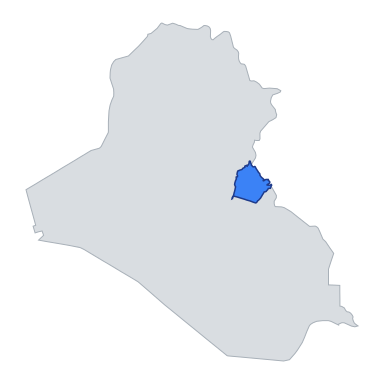 Baladruz, Diyala, Iraq shown in context
{"feature_id": "34846034B64184275342457", "entity_name": "Baladruz", "entity_type": "district", "adm_level": 2, "iso_a3": "IRQ", "parent_name": "Iraq", "parent_adm1": "Diyala", "projection": "mercator", "projection_center": [45.392, 33.561], "detail": "fine", "context": "in_parent", "style": "filled", "palette": "blue", "viewbox_px": 384, "rotation_deg": 0, "n_neighbors": 0, "source": "geoboundaries", "source_scale": "gbopen_adm2", "svg_char_len": 6003}
<svg xmlns="http://www.w3.org/2000/svg" viewBox="0 0 384 384"><path d="M147.8,34.3L151.1,33.4L157.2,28.3L160.8,23.5L161.9,23.0L165.1,24.6L167.4,25.1L172.7,23.2L175.9,24.2L178.5,25.4L180.0,25.5L187.1,28.5L188.9,28.8L192.5,29.2L198.0,29.4L201.5,27.4L204.0,25.5L205.7,25.6L207.4,26.0L208.9,26.8L210.1,28.3L210.6,30.3L210.4,36.7L210.9,38.4L211.9,39.6L213.1,39.8L214.6,38.4L217.2,36.4L220.4,34.2L222.8,32.2L224.1,31.4L226.3,31.5L228.4,31.9L229.5,32.8L229.6,33.1L230.7,36.2L233.5,47.4L235.1,48.8L236.9,50.0L238.2,51.7L238.7,53.4L238.5,56.0L238.6,59.0L239.3,61.3L240.4,63.1L241.3,63.9L242.8,64.0L244.5,64.4L245.7,66.2L249.4,78.9L249.8,80.5L251.4,81.0L254.0,80.8L256.6,82.1L259.4,84.2L262.1,88.0L263.9,88.6L269.5,88.1L277.2,88.7L280.8,90.7L280.4,91.9L277.6,93.3L272.8,94.9L271.3,97.6L270.5,101.1L270.7,103.1L271.9,105.2L275.3,109.5L275.5,111.1L276.1,113.2L276.7,114.7L276.0,117.6L272.9,119.6L268.8,121.7L260.6,131.2L259.9,133.3L260.0,138.9L259.2,140.5L256.6,140.5L254.5,140.2L254.4,142.2L253.1,144.8L252.4,147.1L255.4,152.4L256.0,155.3L255.5,157.9L252.7,162.3L251.0,165.3L251.4,166.0L253.6,167.2L260.4,176.9L262.6,180.3L265.5,179.5L266.5,179.5L267.4,180.1L267.9,181.2L267.9,182.7L267.2,184.9L270.8,185.8L272.2,188.0L276.4,195.5L276.3,197.8L274.2,201.3L274.2,203.7L274.7,205.8L275.3,206.6L281.6,206.9L284.3,207.7L290.9,211.6L298.3,217.5L304.4,222.3L309.6,226.4L315.2,226.1L316.7,226.8L318.1,228.1L319.7,231.5L322.9,239.1L325.6,241.6L329.7,247.7L333.7,253.4L331.1,261.1L328.5,269.1L328.5,279.4L328.5,284.9L333.9,285.1L339.8,285.4L339.8,292.0L339.9,298.6L339.9,306.1L341.7,306.4L344.4,308.0L345.6,310.4L347.1,311.8L348.9,312.0L350.7,313.2L352.4,315.4L353.1,317.0L352.6,318.1L353.0,320.1L354.2,322.9L355.7,324.3L358.0,325.9L354.9,326.8L351.5,326.1L344.2,322.8L341.9,322.7L338.8,324.0L338.7,325.1L331.1,321.4L328.3,320.6L327.3,320.6L323.0,320.6L316.7,321.3L313.0,322.8L310.5,324.4L309.3,325.9L308.9,326.8L306.9,331.3L304.6,337.2L302.3,342.5L297.6,349.9L295.1,353.3L289.5,359.7L283.6,361.0L269.8,359.7L254.5,358.3L239.2,356.9L227.9,355.9L227.0,355.6L215.8,346.5L206.9,339.3L195.9,330.3L184.6,321.1L173.1,311.7L164.7,304.9L154.6,296.1L145.4,288.1L138.1,281.8L128.8,276.2L121.5,271.9L110.9,265.5L102.4,260.5L95.1,256.1L83.9,249.4L80.2,247.6L68.6,245.3L57.6,243.4L46.2,241.5L38.6,240.1L43.6,235.3L42.1,231.0L38.5,231.8L35.1,232.9L33.1,226.2L35.7,225.3L33.3,216.5L30.8,207.5L28.4,198.7L26.0,189.7L35.6,184.0L42.8,179.6L52.9,173.6L62.6,167.7L71.8,162.2L82.0,156.0L91.1,150.5L99.4,148.2L101.2,146.5L105.0,138.9L108.3,132.5L108.4,131.0L108.4,121.8L109.0,110.9L110.1,105.1L111.9,100.0L113.7,96.2L113.8,92.7L113.6,89.1L111.8,83.7L110.0,78.1L110.2,72.6L110.5,69.7L111.7,65.0L113.7,61.6L115.8,59.5L123.7,57.3L128.4,56.0L134.7,49.9L138.5,46.3L143.7,40.6L147.5,36.3L147.8,34.9L147.8,34.3Z" fill="#d9dde1" stroke="#a8b0b8" stroke-width="1"/><path d="M232.0,198.8L232.2,198.7L232.5,198.6L232.5,198.0L232.5,197.7L232.8,197.4L232.9,197.0L233.1,196.9L233.5,196.5L233.8,196.2L234.0,196.1L234.8,196.4L236.5,196.8L238.2,197.3L241.0,198.2L242.4,198.6L245.3,199.5L246.3,199.9L247.3,200.2L249.9,200.9L251.5,201.5L252.0,201.7L252.7,202.0L255.5,202.9L255.9,202.9L256.5,202.5L256.9,202.1L257.0,202.0L257.3,201.4L257.6,200.8L258.1,200.6L258.3,200.4L259.1,199.7L259.5,199.2L260.1,198.6L260.6,198.0L260.9,197.5L261.3,196.8L262.1,195.5L262.5,194.7L263.1,193.9L263.9,192.5L264.2,191.9L264.9,191.8L265.2,191.8L265.5,191.7L266.2,191.4L266.6,190.8L267.0,190.3L267.4,190.0L267.6,189.8L267.8,189.4L268.0,189.1L268.3,188.5L269.1,188.4L269.6,188.3L270.4,188.3L270.7,187.5L271.3,185.7L271.6,185.4L271.5,184.9L271.4,184.5L271.1,184.5L270.8,184.7L270.3,185.0L269.9,185.2L269.2,185.2L268.3,185.2L267.5,185.1L267.1,185.0L267.1,184.7L267.3,184.5L267.9,184.2L268.5,183.8L269.1,183.4L269.5,183.2L269.7,182.8L269.8,182.4L269.8,182.0L269.6,181.6L269.4,181.3L268.9,180.8L268.3,180.4L268.3,180.2L268.4,179.7L268.2,179.4L267.8,179.4L267.2,179.5L266.7,179.5L266.1,179.4L265.8,179.6L265.3,179.7L264.9,180.0L264.1,180.6L263.7,180.8L263.3,180.8L263.2,180.7L263.2,180.3L263.4,180.1L263.6,180.0L263.9,179.9L263.9,179.7L263.7,179.2L263.1,178.7L262.8,178.4L262.3,178.0L261.8,177.6L261.4,177.2L260.9,176.6L260.5,176.1L260.2,175.6L260.0,175.3L260.0,175.1L259.9,174.5L259.9,174.1L259.7,173.7L259.5,173.3L259.2,173.1L258.8,172.7L258.4,172.4L258.4,172.2L258.3,171.9L258.0,171.5L257.7,171.1L257.5,170.6L257.1,170.1L256.5,169.2L255.7,167.8L255.5,167.3L255.3,166.9L255.1,166.7L254.8,166.5L254.6,166.5L254.3,166.7L253.9,166.9L253.7,166.9L253.3,166.8L252.9,166.7L252.6,166.6L252.4,166.3L252.2,165.9L251.9,165.7L251.5,165.3L251.6,165.2L251.5,164.9L251.4,164.6L251.3,164.2L251.1,163.9L251.0,163.7L250.8,163.3L250.7,162.9L250.6,162.5L250.4,162.1L250.4,161.7L250.3,161.4L250.2,161.3L250.0,161.1L249.7,161.1L249.4,161.2L249.2,161.5L249.1,162.3L249.0,163.5L248.8,163.8L248.5,164.5L248.4,164.9L247.9,165.1L247.5,165.1L247.1,165.2L246.8,165.3L246.9,165.7L247.0,166.1L246.7,166.0L246.1,165.6L245.8,165.8L245.7,165.8L245.1,165.9L245.0,166.0L244.9,166.2L244.8,166.4L244.8,166.7L244.8,167.0L244.8,167.4L244.3,167.6L243.7,167.9L243.0,168.2L242.6,168.5L242.5,168.8L242.2,169.2L242.1,169.4L241.8,169.5L241.3,169.7L240.6,169.9L240.3,170.0L240.1,170.0L239.9,170.1L239.6,170.3L239.2,170.4L239.0,170.6L238.5,170.6L238.3,170.7L238.0,170.8L237.9,171.0L237.8,171.3L237.6,171.7L237.5,171.9L237.3,172.1L237.3,172.5L237.3,173.0L237.1,173.3L237.1,173.7L237.0,174.1L237.0,174.4L237.0,174.6L237.2,174.8L237.3,175.0L237.5,175.4L237.5,175.6L237.5,176.2L237.4,176.8L237.1,176.8L236.8,176.8L236.4,176.9L236.2,177.0L236.2,177.5L236.2,177.8L236.2,178.1L236.2,178.4L236.4,178.8L236.3,179.2L236.2,179.4L236.1,179.6L236.0,179.8L235.8,180.1L235.7,180.2L235.6,180.4L235.4,181.3L235.2,181.7L235.1,182.2L234.9,182.8L234.8,183.2L234.7,184.0L234.7,184.3L234.6,184.7L234.9,185.2L235.0,185.7L235.4,186.5L235.6,186.9L235.5,187.2L235.2,188.5L235.1,189.2L234.7,190.8L234.5,191.6L234.1,193.0L233.8,194.3L233.5,195.4L233.2,195.9L232.6,196.9L232.2,197.7L232.2,198.1L232.0,198.8Z" fill="#3b82f6" stroke="#1e3a8a" stroke-width="1.5"/></svg>